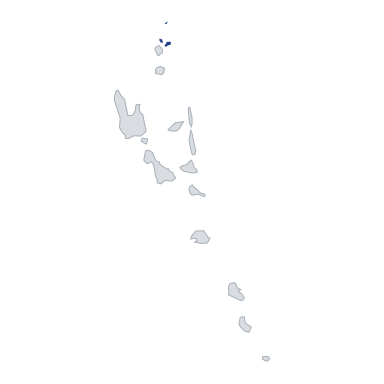 Motalava, Torba, Vanuatu (highlighted)
{"feature_id": "77236927B68296465422624", "entity_name": "Motalava", "entity_type": "district", "adm_level": 2, "iso_a3": "VUT", "parent_name": "Vanuatu", "parent_adm1": "Torba", "projection": "albers", "projection_center": [167.627, -13.483], "detail": "fine", "context": "in_parent", "style": "filled", "palette": "blue", "viewbox_px": 384, "rotation_deg": 0, "n_neighbors": 0, "source": "geoboundaries", "source_scale": "gbopen_adm2", "svg_char_len": 3585}
<svg xmlns="http://www.w3.org/2000/svg" viewBox="0 0 384 384"><path d="M124.7,99.6L127.8,115.5L131.3,115.5L133.1,114.6L135.1,110.9L136.0,105.0L137.8,104.2L140.1,104.8L139.1,106.7L139.8,111.4L141.6,114.0L142.8,114.4L145.1,126.7L146.0,129.3L146.0,131.4L141.1,136.0L133.7,135.8L128.6,138.6L125.4,138.4L125.4,135.3L122.6,132.9L119.5,127.6L120.2,118.2L114.5,100.7L114.4,96.4L116.3,90.7L118.2,90.4L120.8,95.2L124.7,99.6ZM155.9,160.8L158.1,161.9L159.2,161.9L159.9,164.2L166.6,168.9L168.4,168.8L170.0,171.3L172.8,172.6L173.6,175.2L175.6,177.9L172.1,181.1L165.2,180.3L161.2,183.9L157.6,183.0L157.0,181.1L157.5,180.4L155.4,175.5L154.4,168.0L153.0,163.6L151.4,161.8L148.2,163.4L146.9,163.7L143.8,160.1L145.2,152.7L146.0,150.6L148.5,150.2L152.3,152.2L155.9,160.8ZM244.3,298.2L242.2,300.5L240.3,300.3L228.4,294.8L228.9,292.6L228.4,286.9L229.8,283.9L233.1,282.6L235.7,283.3L237.2,287.8L240.8,289.7L238.2,291.2L242.6,294.7L244.3,298.2ZM203.7,230.7L208.3,237.6L210.1,238.1L207.3,243.0L201.5,243.4L194.7,242.1L197.2,240.5L195.9,238.5L193.9,238.2L191.5,239.1L190.4,238.7L191.9,235.6L195.8,231.1L196.9,230.8L197.9,230.7L198.9,231.1L203.7,230.7ZM197.0,172.5L191.7,173.0L184.2,171.4L181.2,169.3L179.9,167.2L182.5,165.7L186.2,164.9L190.9,160.1L192.5,162.0L194.2,167.4L196.0,169.0L197.1,170.6L197.0,172.5ZM251.3,327.1L248.9,332.3L244.7,331.1L240.8,327.3L238.8,324.0L240.2,317.6L242.2,316.6L244.3,316.9L245.3,323.1L251.3,327.1ZM193.1,154.8L192.4,154.8L191.6,152.6L189.0,140.8L190.7,130.2L191.8,132.5L195.7,151.0L195.2,154.1L193.1,154.8ZM203.9,193.8L205.3,194.6L204.5,196.6L198.1,194.3L193.0,195.1L191.6,195.0L190.1,193.2L189.0,189.5L189.5,187.0L191.6,185.2L192.4,184.9L194.0,187.1L195.5,188.6L196.9,189.3L200.2,192.9L203.9,193.8ZM179.2,128.9L176.0,131.2L170.2,130.9L168.1,129.7L175.2,122.9L183.4,121.6L179.2,128.9ZM163.9,72.2L162.0,74.6L156.7,73.8L155.4,73.2L155.8,69.1L157.1,67.7L160.2,66.4L164.6,68.4L163.9,72.2ZM159.4,55.1L158.7,55.5L157.6,55.2L154.9,49.3L155.6,47.4L159.0,45.5L162.2,48.7L162.4,50.5L162.4,52.1L161.9,53.4L159.9,54.0L159.4,55.1ZM192.1,123.8L191.3,126.8L189.4,123.3L188.2,108.7L188.7,107.3L189.7,107.2L192.0,117.4L192.1,123.8ZM269.6,358.3L268.0,361.0L265.5,360.9L262.3,359.0L262.9,356.7L266.5,356.3L267.6,356.5L269.6,358.3ZM146.9,142.9L146.0,144.1L141.1,141.0L142.2,138.0L147.6,139.0L146.9,142.9Z" fill="#d9dde1" stroke="#a8b0b8" stroke-width="1"/><path d="M165.5,45.4L165.6,45.5L165.8,45.6L166.0,45.4L166.2,45.2L166.3,45.1L166.5,45.1L167.1,44.9L167.4,44.9L167.5,44.9L167.8,44.9L168.0,44.8L168.2,44.7L168.3,44.6L168.3,44.4L168.5,44.3L168.7,44.2L168.8,44.2L169.0,44.2L169.3,44.1L169.5,44.1L169.8,44.0L170.0,44.0L170.1,43.9L170.1,43.7L170.1,43.4L170.1,43.2L170.0,42.9L169.9,42.8L170.0,42.7L169.9,42.5L169.8,42.4L169.7,42.5L169.3,42.6L169.2,42.6L168.9,42.8L168.7,42.8L168.5,42.7L168.4,42.6L168.2,42.6L167.8,42.6L167.7,42.6L167.4,42.6L167.2,42.7L167.2,42.9L167.3,43.0L167.2,43.0L167.3,43.3L167.3,43.5L167.2,43.6L167.1,43.8L166.9,44.0L166.7,44.2L166.5,44.3L166.4,44.5L166.2,44.7L166.1,44.8L165.9,44.9L165.9,45.0L165.7,45.1L165.5,45.3L165.5,45.4ZM161.4,40.6L161.4,40.8L161.5,41.0L161.8,41.2L161.7,40.9L161.5,40.7L161.4,40.6ZM165.9,45.9L166.0,46.0L166.2,45.9L166.2,45.7L165.9,45.7L165.8,45.8L165.9,45.9ZM161.1,41.0L161.2,40.9L161.2,40.7L161.2,40.4L161.1,40.5L161.0,40.8L161.1,41.0ZM161.6,40.0L161.4,40.3L161.4,40.5L161.5,40.5L161.5,40.3L161.5,40.2L161.6,40.0ZM160.9,41.3L160.9,41.5L161.0,41.6L161.0,41.4L160.9,41.2L160.9,41.3ZM166.5,23.1L166.4,23.2L166.5,23.2L166.5,23.3L166.5,23.2L166.5,23.1ZM160.2,40.2L160.3,40.2L160.2,40.1L160.2,40.2Z" fill="#3b82f6" stroke="#1e3a8a" stroke-width="1.5"/></svg>